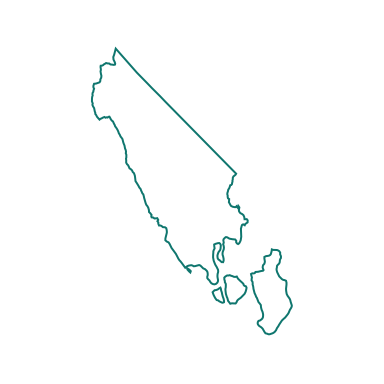 outline of Humberto de Campos, Maranhão, Brazil, rotated 154°
{"feature_id": "56859067B13754575893351", "entity_name": "Humberto de Campos", "entity_type": "district", "adm_level": 2, "iso_a3": "BRA", "parent_name": "Brazil", "parent_adm1": "Maranhão", "projection": "equal_earth", "projection_center": [-43.574, -2.645], "detail": "fine", "context": "isolated", "style": "outline", "palette": "teal", "viewbox_px": 384, "rotation_deg": 154, "n_neighbors": 0, "source": "geoboundaries", "source_scale": "gbopen_adm2", "svg_char_len": 5999}
<svg xmlns="http://www.w3.org/2000/svg" viewBox="0 0 384 384"><g transform="rotate(154 192 192)"><path d="M232.6,332.2L234.2,330.5L234.8,329.0L234.7,327.8L236.0,326.5L236.8,325.3L237.7,324.8L238.6,323.6L238.9,322.4L240.0,321.3L240.9,319.9L242.2,317.3L242.4,315.1L243.3,314.0L243.4,312.3L243.2,310.3L244.1,306.9L244.2,305.6L244.7,304.5L244.4,303.2L244.4,301.3L243.9,299.4L243.4,297.6L242.4,297.9L241.0,297.8L239.4,297.9L237.8,297.8L237.2,296.7L236.1,296.6L235.2,295.9L234.2,296.2L233.2,295.9L233.1,294.7L233.1,293.2L232.8,291.4L232.1,290.0L232.2,287.7L232.1,286.1L232.3,284.6L232.0,283.4L231.8,281.8L231.7,279.9L231.8,278.2L232.0,277.0L231.8,275.0L231.9,273.1L231.6,272.0L231.3,270.0L232.0,266.8L232.2,265.3L232.3,263.4L233.1,260.5L233.2,258.7L233.7,257.0L234.5,255.9L234.7,254.2L235.9,251.8L236.7,250.9L237.2,249.4L238.3,247.2L238.2,245.4L237.7,244.1L237.7,242.1L237.8,240.6L237.1,239.6L236.4,237.7L236.5,236.0L235.9,234.3L236.2,231.8L236.7,230.2L238.0,226.5L237.7,224.2L237.4,220.9L237.4,219.1L236.9,217.4L237.1,215.5L237.1,214.1L237.2,212.5L236.8,211.2L237.3,208.8L237.6,207.7L238.0,205.4L238.5,202.6L238.7,200.6L238.3,198.9L238.2,197.1L238.6,194.8L239.4,192.8L238.8,191.2L238.4,189.1L239.2,188.2L239.4,186.9L238.0,186.0L237.4,184.7L236.0,184.1L234.7,183.7L234.6,181.7L235.9,180.9L235.6,179.4L236.2,178.3L236.3,176.3L235.3,175.9L234.3,174.9L233.6,173.2L231.7,172.1L231.0,170.8L231.4,169.0L231.9,167.6L232.5,166.4L236.2,162.0L237.1,160.3L236.4,158.5L235.2,157.1L234.9,155.3L234.9,153.2L234.9,150.6L234.3,147.4L233.6,143.4L233.5,139.7L233.5,138.2L233.2,136.0L232.8,134.9L232.3,132.6L231.3,126.9L229.9,127.2L228.8,127.4L227.3,127.3L225.9,126.9L224.7,126.5L223.8,125.7L223.0,124.5L221.7,124.0L219.4,123.6L217.6,123.2L216.7,122.2L216.0,120.2L215.4,118.4L214.2,117.1L213.3,114.8L213.2,113.2L213.7,111.7L214.3,110.4L215.4,109.2L216.0,107.9L215.7,106.4L215.1,104.9L215.0,103.3L214.6,101.5L213.5,100.0L212.2,99.1L210.7,98.9L209.0,99.4L207.9,100.3L207.2,101.4L206.8,102.9L206.3,104.6L205.6,106.0L204.8,107.3L203.9,108.2L203.2,109.3L202.7,110.7L202.7,114.1L202.9,115.8L202.9,117.4L202.6,120.8L201.7,124.0L200.3,126.7L199.5,128.0L198.9,129.2L198.1,130.1L196.4,131.4L195.8,133.4L195.1,135.1L193.6,135.1L191.3,134.7L189.9,134.2L189.4,133.2L189.4,131.6L191.1,128.7L192.0,127.6L194.7,126.2L195.9,125.0L196.9,123.9L197.5,122.6L198.0,121.0L197.8,119.7L197.1,118.6L196.7,117.5L196.1,116.0L194.8,115.3L193.7,116.4L192.9,118.0L192.2,120.7L192.1,121.9L191.7,123.0L190.8,124.5L188.5,126.7L187.6,128.2L187.1,129.9L186.9,131.4L185.7,132.5L185.0,134.9L184.3,135.7L183.4,136.1L182.2,136.5L181.2,136.6L180.1,135.7L179.2,134.2L178.5,133.4L176.3,131.8L174.0,130.4L173.6,128.8L174.3,127.6L174.2,126.2L173.4,125.0L172.1,125.2L170.5,126.3L169.3,127.4L168.4,128.7L167.4,130.1L164.1,137.6L163.1,138.7L162.2,139.8L161.3,140.5L160.2,140.5L159.2,139.0L158.1,139.9L155.4,140.3L154.4,142.1L154.7,143.6L156.7,144.5L156.0,146.6L155.9,148.6L156.6,150.2L157.8,151.8L158.2,153.8L157.8,155.2L156.2,157.4L156.5,159.2L157.8,157.9L158.2,159.7L159.3,159.2L160.3,159.7L162.0,161.0L163.1,162.6L163.3,166.7L162.5,167.9L161.7,169.4L162.4,170.5L162.1,172.0L161.5,173.1L161.3,174.4L160.7,175.5L159.3,177.0L158.3,178.3L157.1,178.9L155.8,180.1L154.7,181.3L153.6,181.1L152.6,181.6L151.8,182.8L151.1,183.5L150.6,184.6L149.8,185.5L149.1,186.9L148.0,187.8L145.4,188.4L144.3,189.1L176.4,284.9L178.7,292.1L182.5,303.1L184.5,309.3L189.2,323.4L197.7,354.3L201.8,349.5L203.6,347.8L204.5,345.4L204.5,342.8L204.7,341.2L205.3,340.3L206.5,340.5L208.1,341.6L209.4,342.4L210.0,343.7L211.7,344.7L212.7,345.6L213.6,345.4L215.0,345.4L216.2,345.0L217.4,345.0L218.7,345.5L219.4,344.5L219.9,342.9L220.4,341.6L221.3,340.6L221.8,339.0L222.1,337.9L222.5,336.1L223.5,334.5L225.0,333.4L225.8,331.9L227.0,331.1L230.6,331.5L232.6,332.2ZM145.4,105.4L146.3,104.0L148.4,101.6L149.4,101.1L150.5,101.0L151.8,101.3L153.5,101.9L155.4,101.9L156.2,100.3L156.5,99.1L157.1,97.3L158.4,95.8L160.3,95.0L161.5,93.4L161.8,92.1L161.9,90.5L162.8,90.1L163.9,90.5L166.0,91.0L167.5,91.3L170.0,92.3L171.2,91.6L172.3,91.8L173.5,92.5L174.9,92.4L175.3,90.7L175.6,88.9L176.3,88.0L177.2,86.5L177.0,84.7L177.5,83.3L178.1,82.2L178.3,80.8L178.6,79.7L179.2,78.0L180.1,73.6L180.1,71.4L180.3,69.7L180.1,68.4L180.5,63.9L180.0,62.0L179.7,60.2L180.4,58.5L180.8,56.9L181.1,55.2L181.1,53.7L181.4,52.1L181.8,50.7L182.4,49.5L183.2,48.3L184.3,47.4L185.6,47.0L187.4,46.7L188.7,47.0L189.8,46.3L190.5,45.3L190.8,44.1L190.4,42.3L189.0,39.9L188.4,38.1L188.2,34.6L187.9,32.8L186.6,31.7L185.6,30.6L184.6,30.1L181.6,29.7L180.6,29.7L179.0,30.0L177.1,30.9L175.3,32.4L173.3,33.5L172.2,34.3L170.4,35.4L167.5,37.1L165.0,37.9L163.7,38.2L162.5,38.7L159.4,40.2L158.0,41.1L156.9,42.1L155.5,43.3L154.1,44.1L152.7,45.2L152.0,46.3L151.5,49.9L151.1,51.7L151.0,53.3L151.6,56.9L151.6,58.9L150.7,61.9L149.9,63.8L147.7,67.3L146.8,69.1L146.4,71.0L147.4,72.2L148.5,73.0L149.4,74.3L150.6,77.9L150.6,79.4L150.6,81.2L150.6,82.5L150.3,84.3L149.8,85.7L148.9,86.8L148.0,88.3L147.1,88.8L145.0,89.5L143.9,90.5L142.9,92.2L142.0,93.1L141.0,93.7L140.2,95.3L140.1,97.4L139.3,98.9L139.5,100.5L140.4,102.0L141.2,102.7L144.3,104.3L145.4,105.4ZM199.1,101.4L200.5,100.9L201.3,99.1L201.5,97.6L202.0,96.5L201.9,94.8L202.3,93.7L203.4,91.6L204.6,90.0L205.3,88.2L206.2,85.6L206.7,82.4L206.7,81.1L207.3,78.3L206.9,76.6L206.6,74.8L205.0,74.5L201.7,72.7L200.4,73.3L199.6,74.1L198.2,74.9L197.3,75.1L194.4,75.6L189.4,77.4L187.6,78.8L186.7,79.8L185.5,81.2L184.9,82.2L184.9,83.6L186.0,84.7L186.3,85.9L186.1,87.0L186.5,88.2L187.7,91.2L188.7,94.1L188.8,96.4L190.3,96.7L191.4,97.3L192.5,98.6L193.8,99.8L194.5,100.7L195.7,100.9L197.0,101.6L199.1,101.4ZM217.4,92.9L217.7,90.2L217.7,88.2L217.6,86.3L217.2,84.1L215.9,83.0L215.5,81.9L214.4,80.5L213.7,79.6L212.9,79.0L211.6,78.9L211.0,79.9L210.4,82.2L210.2,84.4L209.8,86.5L209.2,88.8L209.0,90.7L208.5,92.2L208.4,93.6L209.8,93.5L210.9,93.2L212.5,93.2L213.6,93.4L214.8,93.8L217.4,92.9ZM230.1,124.3L229.4,121.8L228.8,120.4L227.8,121.4L228.3,123.0L228.9,124.2L229.8,125.6L230.1,124.3Z" fill="none" stroke="#0f766e" stroke-width="2"/></g></svg>